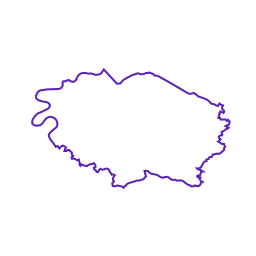 São Miguel do Iguaçu, Paraná, Brazil, rotated 112°
{"feature_id": "56859067B79605387637563", "entity_name": "São Miguel do Iguaçu", "entity_type": "district", "adm_level": 2, "iso_a3": "BRA", "parent_name": "Brazil", "parent_adm1": "Paraná", "projection": "natural_earth1", "projection_center": [-54.239, -25.398], "detail": "fine", "context": "isolated", "style": "outline", "palette": "violet", "viewbox_px": 256, "rotation_deg": 112, "n_neighbors": 0, "source": "geoboundaries", "source_scale": "gbopen_adm2", "svg_char_len": 3657}
<svg xmlns="http://www.w3.org/2000/svg" viewBox="0 0 256 256"><g transform="rotate(112 128 128)"><path d="M68.7,118.2L68.7,120.7L69.4,123.0L68.5,125.2L68.6,126.7L68.6,129.1L69.7,130.5L70.4,132.1L71.8,133.2L73.5,136.4L73.5,139.3L74.9,140.9L77.3,143.8L78.7,145.1L79.8,145.7L80.8,146.9L82.2,148.0L84.9,150.1L89.6,151.9L91.1,154.8L82.8,172.4L84.3,172.7L86.9,173.2L88.9,174.5L90.9,177.9L91.1,182.1L92.5,185.3L93.0,188.4L94.5,191.5L96.3,192.9L97.8,193.8L100.4,194.1L103.2,194.3L105.0,195.1L105.8,196.2L106.2,199.2L105.6,200.5L106.5,202.2L107.9,203.1L108.9,205.4L110.5,205.8L112.0,204.8L113.7,204.4L116.0,205.1L117.3,206.1L118.4,208.2L119.6,211.0L122.7,217.8L123.6,219.3L125.1,221.9L126.1,223.5L127.8,224.9L129.1,225.1L131.1,225.4L132.5,225.4L134.1,224.7L135.1,223.7L135.7,221.9L135.7,220.5L135.5,218.4L135.3,216.6L134.9,215.0L134.6,213.6L134.5,211.3L135.6,209.3L137.5,208.6L139.5,209.1L140.9,210.1L142.3,211.4L143.6,212.5L145.8,214.6L148.5,217.2L150.0,218.0L152.3,218.8L155.2,219.5L156.8,219.5L159.7,218.5L160.4,216.6L160.5,214.9L160.0,213.5L159.3,212.2L158.2,210.4L156.3,209.4L154.7,208.7L152.6,208.3L151.3,207.9L150.1,207.4L148.4,206.5L147.4,205.5L146.5,203.8L146.3,201.5L146.5,199.7L147.1,198.2L147.8,197.1L149.6,195.6L150.8,194.9L153.1,194.5L155.0,195.1L157.2,196.3L159.5,197.5L160.6,198.1L163.0,198.9L164.7,198.6L166.5,197.1L167.8,195.4L169.0,193.3L170.4,191.0L172.5,187.9L171.1,186.7L171.8,185.3L172.7,183.9L170.6,183.3L168.7,181.8L168.8,180.0L169.4,178.1L170.9,178.4L173.1,178.3L172.3,176.3L171.0,175.7L170.4,174.4L171.2,172.9L171.7,170.9L173.7,170.1L174.4,168.3L176.5,169.4L177.6,168.3L176.6,167.0L176.6,165.5L176.9,163.0L175.7,161.7L177.1,161.0L178.7,159.4L180.0,159.4L180.9,158.0L179.2,157.5L179.3,155.6L179.1,153.5L178.8,151.8L177.7,151.3L175.6,149.2L174.7,147.6L173.4,146.5L174.3,144.5L176.4,143.5L177.5,144.8L178.6,144.3L179.4,141.9L180.5,140.7L180.0,139.2L177.9,139.2L176.1,138.2L176.4,136.7L175.6,135.0L174.7,134.0L173.7,132.9L173.5,131.5L173.9,129.7L175.0,129.2L176.3,126.9L177.4,125.7L176.5,124.3L176.8,122.5L178.4,123.0L180.6,123.1L181.8,122.3L182.7,121.0L185.1,121.9L186.5,121.1L187.5,120.4L187.1,118.4L185.1,116.0L184.8,113.0L184.4,111.0L185.1,109.9L183.4,109.1L181.4,108.3L180.0,107.7L178.3,106.1L175.1,101.8L173.8,100.8L172.5,97.8L171.3,96.6L170.4,95.3L169.3,94.3L167.8,94.0L166.4,93.1L161.6,96.6L160.6,94.3L160.6,92.8L161.4,90.8L161.7,89.1L160.9,85.6L160.6,83.1L161.0,81.1L161.3,78.7L161.0,76.8L159.7,75.5L158.6,73.3L158.5,71.8L159.4,69.6L159.4,67.1L158.3,64.9L158.5,63.0L157.6,61.3L156.5,58.5L156.7,56.8L157.1,55.4L157.6,53.6L158.2,50.9L157.9,49.3L158.4,47.4L157.5,45.3L156.2,44.6L156.1,42.8L155.4,40.7L153.4,39.7L151.8,39.9L150.1,38.5L149.8,40.7L148.4,42.6L147.0,42.3L147.4,43.6L147.2,45.6L145.9,45.7L145.2,43.5L143.2,43.5L141.3,44.0L140.3,42.1L139.7,45.3L140.2,47.4L139.6,48.9L138.9,47.1L136.9,45.4L135.3,45.6L133.9,45.2L131.1,44.9L129.1,42.8L127.9,43.5L126.3,41.6L124.5,41.6L123.6,39.7L122.2,39.2L120.8,39.5L119.9,37.8L118.3,35.8L117.9,33.7L115.3,32.1L113.8,31.6L112.3,30.6L110.7,31.4L108.8,30.9L108.1,32.1L106.8,33.0L107.6,35.0L106.7,39.4L105.2,38.5L103.7,37.9L103.4,39.5L102.0,40.6L100.4,39.7L99.5,38.0L98.0,38.6L96.6,39.8L95.1,38.3L92.7,36.9L91.3,35.5L90.1,34.8L89.7,38.3L88.7,37.5L87.8,36.1L85.2,35.8L84.0,36.0L82.9,38.4L84.5,38.8L83.6,40.9L85.5,45.4L84.0,46.6L84.7,48.1L83.5,48.2L81.8,48.5L80.7,48.0L79.6,49.0L78.1,48.6L78.2,45.1L77.0,44.9L75.9,45.6L75.3,47.6L73.5,48.6L71.5,48.4L71.6,50.5L71.0,52.4L73.9,52.8L74.0,54.9L73.7,56.7L74.2,60.1L72.8,62.8L72.1,65.7L72.1,69.7L72.4,74.4L71.4,77.5L70.9,80.4L71.9,81.4L72.8,82.7L73.3,84.4L73.2,86.4L72.8,89.0L70.3,105.8L68.7,118.2Z" fill="none" stroke="#5b21b6" stroke-width="2"/></g></svg>